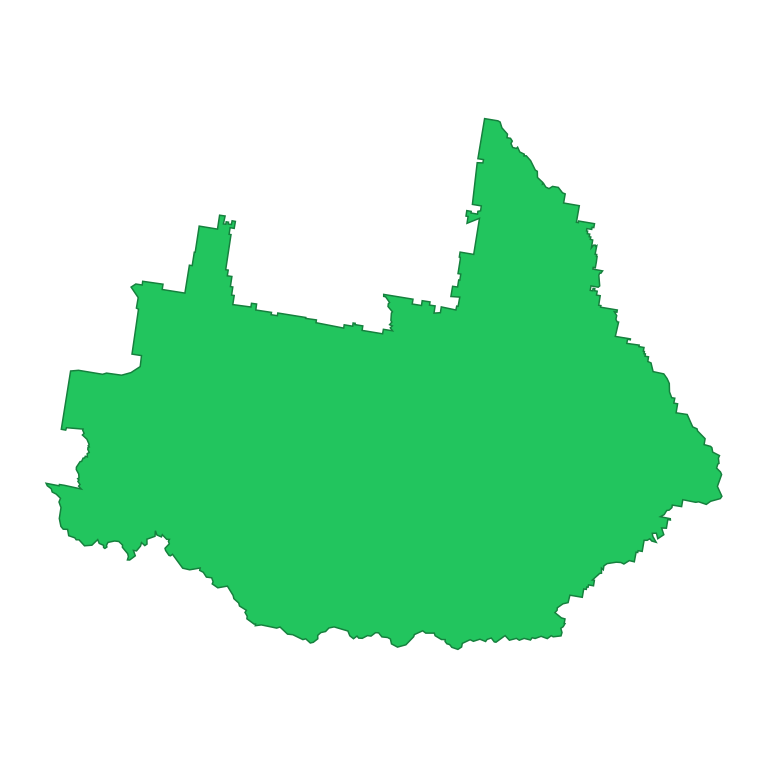 the district of Liverpool Plains, New South Wales, Australia
{"feature_id": "25037944B45289981242640", "entity_name": "Liverpool Plains", "entity_type": "district", "adm_level": 2, "iso_a3": "AUS", "parent_name": "Australia", "parent_adm1": "New South Wales", "projection": "mercator", "projection_center": [150.406, -31.47], "detail": "fine", "context": "isolated", "style": "filled", "palette": "green", "viewbox_px": 768, "rotation_deg": 0, "n_neighbors": 0, "source": "geoboundaries", "source_scale": "gbopen_adm2", "svg_char_len": 6076}
<svg xmlns="http://www.w3.org/2000/svg" viewBox="0 0 768 768"><path d="M102.6,374.3L78.5,370.3L70.6,371.0L61.3,429.3L65.7,430.1L66.5,427.7L83.1,429.1L82.7,430.2L84.1,433.4L82.4,435.0L86.9,439.2L89.2,444.6L88.2,445.7L89.2,446.9L88.0,447.4L87.8,449.4L89.2,452.5L87.2,453.6L87.4,456.9L85.3,456.3L84.6,458.0L83.1,458.1L81.6,461.4L80.1,461.6L76.4,467.2L76.3,469.6L78.7,474.0L79.0,477.8L77.7,478.7L78.9,479.9L77.9,481.4L80.0,484.5L78.6,486.1L81.2,489.0L64.3,485.3L59.4,484.5L59.1,485.8L46.1,483.3L47.3,485.8L51.2,488.7L52.2,492.0L56.2,494.1L60.5,498.3L59.0,502.0L61.0,507.6L59.3,518.5L60.9,526.4L63.2,529.2L67.6,529.4L68.7,535.7L74.8,537.8L76.2,539.8L79.0,539.8L84.5,545.8L91.9,545.2L97.7,539.6L99.2,543.4L103.5,545.3L103.6,547.5L104.9,548.4L106.9,547.0L106.5,545.2L108.0,542.4L114.6,541.0L118.8,541.5L122.5,545.0L122.4,547.3L127.7,553.7L128.4,556.7L127.4,559.9L129.7,560.0L135.3,555.8L133.4,550.4L136.5,550.9L140.5,546.1L141.5,542.6L144.8,545.6L147.0,544.1L146.9,539.2L155.0,536.3L155.4,530.7L156.9,535.0L161.4,536.9L162.3,534.7L166.7,539.3L169.4,539.4L168.4,541.3L169.3,543.8L165.0,548.3L165.6,550.5L169.0,555.4L170.5,555.8L172.5,554.3L182.7,568.2L189.7,569.8L200.2,568.0L199.7,570.4L203.3,572.3L206.4,577.1L211.7,577.8L213.1,581.8L212.2,583.9L217.8,587.8L227.4,586.1L233.1,595.4L233.9,598.7L238.7,603.0L239.5,606.0L246.4,610.3L245.0,612.4L247.2,616.2L246.9,618.8L254.1,624.1L255.6,624.0L255.3,625.7L261.3,624.9L276.7,628.1L280.0,627.0L287.5,634.1L292.8,634.7L302.9,639.6L305.7,638.8L310.3,643.0L313.3,642.3L317.8,638.8L317.7,635.4L320.8,632.6L325.6,631.5L328.9,628.0L334.1,626.9L347.9,631.0L349.8,635.8L353.5,638.7L357.0,636.1L358.7,638.1L362.3,638.3L367.5,635.6L371.0,636.1L375.5,632.7L378.6,632.8L381.9,636.9L387.6,637.5L390.4,639.0L391.5,643.9L397.5,647.1L405.9,644.8L413.7,636.7L414.3,634.6L422.7,630.8L425.7,633.1L434.3,633.1L435.1,635.7L441.4,639.5L445.2,639.6L445.1,641.5L446.9,643.8L449.7,644.6L451.8,647.3L457.9,649.4L461.6,647.0L462.3,643.4L470.1,639.7L473.4,641.3L479.9,639.2L485.6,641.5L487.1,639.4L491.3,638.0L494.3,641.9L496.0,642.2L505.1,635.6L509.4,640.2L516.4,638.4L519.3,640.2L524.1,638.4L530.5,640.0L532.2,637.7L535.1,638.5L541.1,636.3L547.3,638.6L551.2,635.7L553.2,636.8L561.0,635.9L562.0,632.5L560.8,628.3L563.2,626.7L565.0,623.6L564.2,623.4L565.0,618.9L561.4,617.9L554.9,612.6L557.1,610.3L557.3,607.8L563.0,603.8L568.1,602.6L569.9,595.2L582.3,597.3L583.7,589.0L586.3,589.4L586.7,587.0L588.1,587.2L588.5,584.9L593.5,585.8L594.4,580.3L592.4,580.0L599.7,573.4L601.5,573.2L601.5,568.2L603.3,569.8L603.9,565.9L607.1,563.6L616.3,562.2L620.9,562.5L623.9,564.0L629.3,560.6L634.3,561.8L636.1,552.2L637.7,552.5L638.1,550.7L642.2,551.4L644.1,540.3L647.2,540.3L649.8,538.8L651.7,541.0L656.2,542.3L652.8,536.4L652.3,533.3L656.4,533.2L657.8,538.7L663.8,534.7L661.6,528.0L666.4,528.2L667.8,519.6L670.4,520.0L670.3,518.7L660.4,516.7L664.2,514.6L666.7,510.5L669.2,510.1L671.9,507.6L672.3,505.1L681.6,506.6L682.8,499.7L695.7,502.3L698.7,501.8L706.3,504.4L710.6,501.3L720.3,498.6L721.9,496.3L717.4,486.4L721.6,474.6L720.5,472.0L716.6,468.1L717.8,464.1L719.0,463.4L718.4,458.1L719.5,455.6L712.7,452.1L711.9,447.7L710.6,446.4L704.1,444.6L705.1,438.7L697.6,431.0L697.0,428.8L692.7,426.9L687.2,414.5L676.1,412.8L677.6,403.8L673.8,403.1L674.8,398.2L671.7,397.7L669.5,391.9L669.3,383.5L667.1,378.6L663.8,373.9L653.1,371.6L651.0,362.9L647.8,361.5L648.5,356.8L645.0,356.2L645.4,353.9L644.0,353.7L644.4,351.5L643.3,351.3L644.0,347.5L638.9,346.6L639.2,345.1L626.8,343.4L627.5,339.3L630.3,339.8L630.4,338.9L615.3,336.4L618.6,322.1L617.1,321.8L615.9,319.3L616.7,315.6L614.4,311.8L616.9,312.2L617.3,310.0L600.6,307.2L600.9,305.6L598.7,305.3L600.2,295.7L596.5,295.1L597.2,291.2L594.5,290.7L594.8,288.7L593.1,288.4L592.7,290.8L590.2,290.4L591.0,285.9L598.2,287.2L599.7,285.9L598.8,275.2L599.7,273.1L600.9,273.2L602.6,270.9L592.9,269.1L593.2,267.4L595.3,267.7L596.3,262.3L597.1,256.5L596.4,256.4L596.7,254.5L595.1,254.2L596.8,245.6L595.6,246.3L595.2,245.1L593.5,245.2L591.4,247.8L592.7,240.0L590.3,239.4L590.8,237.0L589.2,236.7L589.7,234.1L587.3,233.7L587.6,231.2L586.5,231.0L586.9,228.6L591.7,229.4L592.1,227.3L593.8,227.6L594.5,223.7L578.6,221.0L578.3,222.6L576.4,222.3L579.3,205.7L563.6,203.0L565.2,193.9L562.5,192.8L558.3,187.4L552.6,186.4L549.0,188.6L545.8,187.1L543.6,183.5L542.5,184.1L542.8,182.5L537.5,177.5L537.3,171.3L535.3,170.1L530.6,160.6L526.3,155.8L524.0,155.9L524.3,154.2L519.8,152.0L517.6,147.2L516.4,148.4L512.7,147.5L511.0,143.5L512.3,141.1L510.5,138.3L507.0,137.7L507.5,134.2L501.9,127.8L500.1,122.0L497.9,120.8L484.6,118.6L477.9,158.7L483.5,159.6L482.9,162.9L477.2,162.7L472.4,204.4L481.3,205.9L480.6,210.8L477.9,211.3L477.5,214.1L471.0,213.0L471.2,211.4L466.8,210.6L466.0,216.1L468.1,216.5L467.0,223.3L479.5,218.3L473.7,254.4L460.1,252.1L459.3,257.1L460.3,257.3L460.2,259.9L458.0,273.6L460.8,274.1L459.8,280.2L458.7,280.0L457.6,287.0L452.6,286.3L450.9,296.5L459.8,297.1L458.1,306.3L456.7,306.1L455.9,310.0L441.3,306.9L440.4,312.7L434.0,313.1L435.1,305.9L429.5,305.1L430.0,301.9L422.2,300.7L421.5,305.5L412.2,304.0L413.0,299.2L383.7,294.4L383.7,296.4L385.6,296.8L389.6,302.5L388.3,303.8L388.0,306.5L392.4,311.8L391.4,313.1L390.9,320.4L391.8,322.1L389.6,324.7L392.3,325.9L390.3,327.8L392.5,330.8L383.4,329.3L382.6,333.8L362.1,330.4L362.8,325.9L355.0,324.6L355.2,323.3L353.1,323.0L352.7,326.2L344.2,324.8L343.7,328.1L316.0,322.7L316.4,319.9L305.6,318.4L305.8,317.5L277.8,313.0L277.4,315.7L271.1,314.7L271.5,312.4L255.8,310.0L256.6,304.0L251.5,303.3L250.9,307.0L232.8,304.6L234.2,295.5L231.6,295.1L232.8,287.0L230.4,286.6L231.9,276.5L227.3,275.8L228.2,270.1L225.7,269.7L231.0,234.6L229.1,234.3L230.1,227.7L234.2,228.4L235.4,221.4L232.1,220.8L231.4,224.5L228.2,224.0L228.5,222.2L226.2,221.8L225.8,224.3L223.4,223.9L225.1,216.0L219.6,215.2L217.5,229.1L199.2,226.1L195.2,252.3L194.3,252.2L192.2,265.6L189.4,265.2L184.9,293.1L162.2,289.5L163.0,284.2L142.7,281.3L142.2,285.0L135.8,284.0L131.1,287.1L138.2,297.6L136.4,308.1L138.5,309.2L132.0,354.1L141.5,355.6L140.2,366.6L131.0,372.6L121.6,375.2L106.5,373.1L102.6,374.3Z" fill="#22c55e" stroke="#15803d" stroke-width="1.5"/></svg>